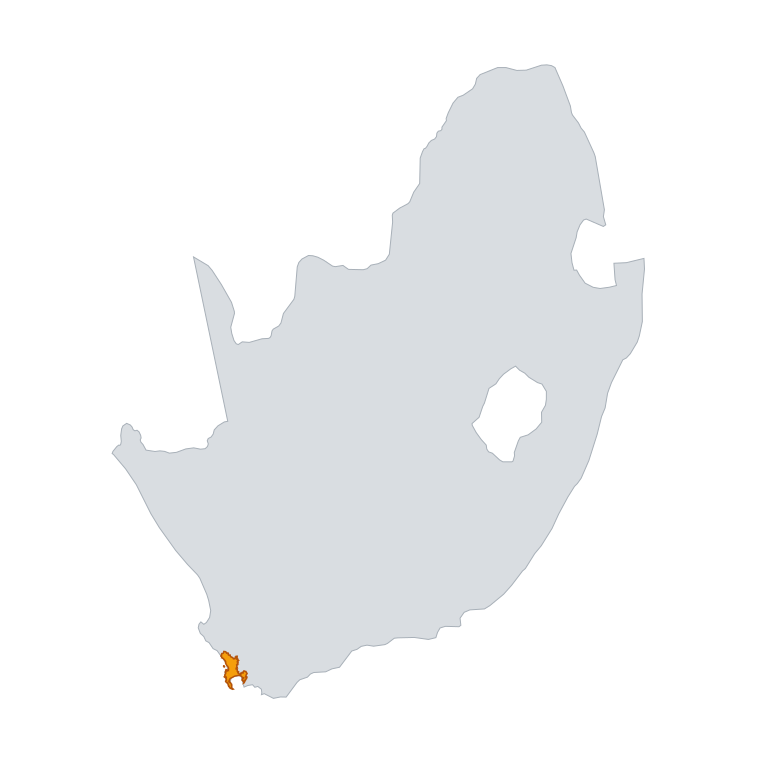 location of City of Cape Town, Western Cape, South Africa, rotated 348°
{"feature_id": "47623444B95865124382580", "entity_name": "City of Cape Town", "entity_type": "district", "adm_level": 2, "iso_a3": "ZAF", "parent_name": "South Africa", "parent_adm1": "Western Cape", "projection": "equal_earth", "projection_center": [18.52, -33.915], "detail": "fine", "context": "in_parent", "style": "filled", "palette": "amber", "viewbox_px": 768, "rotation_deg": 348, "n_neighbors": 0, "source": "geoboundaries", "source_scale": "gbopen_adm2", "svg_char_len": 8681}
<svg xmlns="http://www.w3.org/2000/svg" viewBox="0 0 768 768"><g transform="rotate(348 384 384)"><path d="M542.4,101.3L561.0,98.1L569.2,99.9L579.1,104.9L588.4,106.6L604.3,104.9L609.7,105.7L614.0,107.4L617.0,110.0L621.0,129.7L624.1,150.8L623.8,157.6L624.3,160.2L628.5,169.1L630.0,174.7L632.4,179.2L637.4,201.6L637.9,205.5L635.8,259.4L633.4,265.9L634.0,274.4L631.3,275.5L616.1,264.7L613.3,265.1L608.8,269.1L604.5,275.4L602.4,280.8L594.0,295.2L593.1,304.4L593.5,312.2L596.1,312.6L597.8,318.2L601.7,327.2L608.7,332.9L615.2,335.5L624.5,336.2L631.9,336.0L631.7,330.0L634.0,313.7L646.2,315.7L664.4,315.2L662.7,325.7L655.1,349.7L649.7,376.6L643.7,390.1L640.4,395.7L631.2,405.6L626.5,408.9L622.6,410.0L606.8,429.9L600.8,439.5L595.3,453.4L590.0,461.1L582.1,477.4L568.5,501.4L557.3,517.1L552.4,521.6L549.1,523.7L540.3,532.8L527.9,547.4L518.3,560.3L504.2,574.9L496.1,581.3L483.9,593.9L480.6,595.7L467.0,607.4L457.3,614.5L441.6,622.7L435.5,624.9L421.0,622.8L414.9,624.0L409.7,628.9L409.0,636.0L406.9,637.0L393.6,633.8L388.1,634.3L384.7,638.1L382.0,642.9L374.4,643.1L360.9,638.2L344.9,635.2L341.2,634.8L333.4,638.5L330.6,639.1L319.3,638.3L313.1,635.9L307.1,635.9L302.5,637.9L296.9,638.5L281.6,651.8L273.9,651.8L267.1,653.4L255.3,651.6L251.7,652.4L248.2,654.8L240.1,655.8L236.9,657.8L223.2,669.9L217.6,668.6L210.5,668.5L202.5,662.0L199.5,662.4L200.3,660.5L200.6,657.1L197.7,653.6L194.6,653.8L192.9,650.8L188.1,650.6L184.1,651.4L183.4,640.2L181.5,639.1L176.7,638.9L174.3,639.3L173.2,640.3L171.9,642.9L171.9,650.7L170.2,648.4L168.3,643.8L167.7,638.8L168.4,632.8L172.0,630.6L171.0,623.1L165.3,610.1L161.8,607.3L159.1,600.6L156.3,598.2L155.2,593.5L152.5,589.8L151.6,583.9L153.1,580.5L155.4,578.6L157.8,581.6L160.7,580.4L164.9,576.1L167.4,569.6L167.5,559.2L166.9,552.7L163.5,535.8L161.9,531.9L154.4,519.8L145.6,503.5L134.4,477.8L129.0,462.4L120.8,431.0L113.6,413.3L104.7,396.6L103.6,395.5L104.9,393.5L109.6,389.7L111.8,388.6L112.9,389.1L114.0,388.1L115.1,385.5L115.8,379.6L118.0,373.4L119.9,370.7L124.1,369.0L127.3,371.3L128.6,373.6L129.2,376.6L130.6,378.0L132.8,377.9L134.4,379.8L135.3,383.6L135.2,386.3L133.9,388.0L134.1,390.3L135.7,393.1L137.5,399.2L146.0,402.4L150.9,402.8L155.4,404.3L159.7,407.0L166.8,407.7L176.6,406.3L184.6,406.9L191.0,409.6L195.6,410.1L198.4,408.4L199.7,406.0L199.3,402.8L200.7,400.8L203.9,399.9L206.5,397.5L208.4,393.6L212.9,390.4L219.9,387.9L223.4,388.0L224.1,220.1L236.6,231.7L239.5,237.1L245.6,252.9L251.8,272.4L252.7,281.8L252.4,283.9L245.9,296.6L245.6,302.9L246.3,310.3L247.8,313.9L249.6,315.1L254.1,313.3L260.9,315.3L274.1,314.4L280.6,315.4L282.3,314.8L283.7,313.2L285.5,308.8L287.1,307.3L293.1,305.4L295.9,302.9L300.3,294.1L313.5,282.4L315.0,279.6L323.5,251.4L326.0,247.4L329.7,244.7L336.9,242.6L341.1,243.8L345.6,246.2L350.7,250.3L358.2,258.0L360.8,259.1L368.5,259.5L373.1,264.5L387.4,267.9L391.5,267.7L396.0,265.0L403.4,265.1L411.3,263.2L416.2,258.2L426.1,227.4L427.2,220.6L428.3,218.7L435.9,215.2L445.2,212.5L447.1,211.1L453.0,202.5L460.6,195.3L466.4,170.5L470.0,164.7L472.1,162.2L473.5,162.1L475.4,160.6L478.0,157.5L481.0,155.6L484.5,154.9L486.8,152.9L487.9,149.6L489.7,148.0L492.2,148.0L493.6,147.0L494.1,144.8L499.8,139.4L500.0,137.2L503.3,132.0L509.9,123.6L515.9,118.9L521.5,118.0L532.0,113.7L535.7,109.7L538.2,104.3L542.4,101.3ZM514.4,463.7L523.5,459.6L530.3,454.2L532.2,444.4L537.5,438.4L539.6,432.8L541.3,425.0L538.5,416.9L534.4,414.5L527.1,407.5L524.0,402.7L519.5,398.7L516.4,393.9L511.2,395.5L502.9,399.3L497.8,402.9L493.5,407.1L485.8,410.1L478.3,423.5L475.9,426.5L470.1,436.3L461.9,441.0L461.7,442.8L464.1,450.7L467.6,458.6L471.3,465.0L471.0,469.0L472.2,472.1L475.6,474.2L481.2,482.2L484.0,484.8L492.9,486.7L494.2,486.2L496.8,481.4L497.2,478.1L503.5,467.7L506.2,464.5L514.4,463.7Z" fill="#d9dde1" stroke="#a8b0b8" stroke-width="1"/><path d="M182.7,619.6L182.4,620.1L181.9,620.1L181.8,620.8L181.6,620.8L181.5,621.3L181.0,621.8L180.2,621.3L180.0,621.5L179.6,621.5L179.5,620.8L178.8,620.0L178.3,619.4L178.0,619.5L177.4,619.0L177.2,618.6L177.1,617.2L176.7,617.3L175.6,616.8L175.4,616.3L175.8,616.1L175.7,614.9L175.3,614.6L174.4,614.7L174.0,614.6L174.0,613.7L173.6,613.4L173.5,613.1L173.0,612.7L171.7,612.3L171.2,613.4L170.7,614.0L169.9,614.2L169.5,613.9L169.3,614.0L168.8,614.6L168.5,615.4L168.6,615.7L167.9,616.1L168.0,616.6L168.4,617.0L168.6,617.4L168.6,617.5L168.4,617.9L168.8,617.9L169.0,618.3L168.9,618.4L169.1,618.7L169.7,619.0L170.7,621.0L170.8,621.2L170.6,621.3L170.8,621.2L170.9,621.4L170.6,621.3L170.9,621.4L171.3,622.9L171.3,623.4L171.0,623.7L171.0,623.9L171.2,624.4L171.3,625.2L171.5,625.9L171.8,626.6L172.1,627.2L172.6,628.3L172.8,629.0L172.8,629.8L172.7,630.7L172.3,631.4L172.1,631.6L171.7,631.7L171.4,631.3L171.2,631.2L171.2,631.3L171.4,631.4L171.7,631.8L171.5,632.0L171.4,631.9L171.5,631.9L171.1,631.5L171.1,631.4L171.1,631.5L171.4,631.8L171.2,631.7L171.4,632.0L171.3,631.9L171.1,631.8L171.3,631.9L171.2,632.0L170.7,631.5L170.9,631.4L171.0,631.4L170.9,631.4L171.0,631.3L170.9,631.3L170.7,631.5L170.7,631.4L170.6,631.5L170.4,631.5L170.6,631.4L170.6,631.2L170.7,631.3L170.6,631.2L170.8,631.2L170.7,631.1L171.0,631.0L170.5,631.2L170.3,631.1L169.8,631.1L169.8,631.4L169.5,631.6L169.4,631.9L169.1,632.1L169.2,632.3L169.1,632.8L168.9,633.0L169.2,633.3L169.1,633.5L169.0,633.4L169.1,633.7L168.9,634.4L168.6,634.7L168.3,634.9L168.2,634.9L168.0,635.1L168.0,635.4L168.0,635.6L167.9,635.7L167.9,635.9L167.7,636.0L167.6,636.4L167.6,636.5L167.3,636.7L166.9,636.7L167.1,636.8L167.0,637.1L166.8,637.2L166.9,637.4L167.4,637.6L167.4,637.8L167.5,638.0L168.0,638.2L168.2,637.8L168.2,637.6L168.5,637.5L168.6,637.9L168.8,638.3L168.7,638.7L168.4,638.9L168.4,639.1L168.4,639.3L168.2,639.5L168.4,639.8L168.5,640.2L168.2,641.1L167.9,641.1L167.6,641.5L167.3,641.6L167.2,641.9L167.3,642.3L167.5,642.4L167.8,643.2L168.0,643.4L168.1,643.2L168.3,643.2L168.7,643.6L168.9,644.1L169.0,644.3L168.9,644.4L168.9,644.7L169.2,645.6L169.1,646.0L169.3,646.5L169.2,646.6L169.3,646.7L169.2,647.0L169.4,647.2L169.2,647.4L169.2,647.5L169.5,647.6L169.6,648.0L169.8,648.1L170.0,648.8L169.9,649.0L170.4,649.4L170.4,649.6L170.6,649.7L170.6,649.8L170.8,650.0L171.3,650.3L171.5,650.2L171.8,650.3L171.8,650.6L172.1,650.7L172.3,651.0L172.5,651.1L173.1,651.1L172.8,650.7L172.6,650.7L172.2,650.4L172.0,649.7L171.9,649.5L171.9,649.4L172.0,649.3L171.9,649.1L172.1,648.6L172.1,648.3L172.4,647.7L172.1,647.4L172.1,647.2L172.2,646.9L172.4,646.7L172.3,646.2L172.5,646.0L172.4,645.9L172.3,645.7L172.1,645.4L171.9,644.7L171.7,644.2L171.4,644.0L171.3,643.7L171.1,643.6L171.3,643.9L171.2,643.9L171.1,643.7L171.0,643.9L170.8,643.9L170.7,643.5L170.8,643.0L171.0,642.8L170.9,642.5L171.0,642.4L171.2,642.1L171.1,641.8L170.9,641.7L171.0,641.5L171.2,641.3L171.4,641.3L171.6,641.1L172.1,640.5L172.1,640.3L172.4,640.1L173.3,639.8L175.0,639.4L176.1,639.0L177.5,638.7L178.5,638.7L179.3,638.8L179.6,638.7L181.1,638.8L182.2,639.1L183.0,639.6L183.5,639.9L183.8,640.3L183.9,640.6L184.1,640.8L184.1,641.0L184.9,642.0L185.0,642.1L184.9,642.1L185.0,642.1L184.9,642.2L185.3,642.3L185.3,642.5L185.2,642.6L185.0,642.8L184.1,643.2L183.8,643.5L183.7,643.8L183.7,644.0L183.8,644.0L183.7,644.1L184.1,644.5L184.2,644.8L184.1,645.0L184.4,645.4L184.8,646.0L184.9,646.3L184.9,646.6L184.8,647.0L184.6,647.3L185.2,647.1L185.3,646.8L185.7,646.4L185.6,645.6L186.1,645.8L186.4,645.5L186.4,645.0L186.7,645.0L186.8,644.7L187.0,644.8L187.3,644.6L187.4,644.4L187.4,644.1L187.5,644.1L187.8,643.8L188.2,643.6L188.2,643.1L188.4,643.3L189.0,642.3L188.5,642.2L188.5,641.6L187.8,641.6L188.6,640.0L189.9,638.8L189.3,637.0L189.2,637.1L188.7,636.4L188.2,635.9L187.8,635.7L187.4,635.6L187.1,635.6L187.0,635.9L187.0,636.0L186.3,636.7L186.1,636.6L186.0,636.8L185.9,636.8L185.9,637.0L185.7,636.9L185.7,637.0L185.4,636.8L184.9,636.9L185.1,637.0L184.5,637.6L184.3,637.5L184.2,637.4L183.9,637.4L183.7,637.2L183.3,637.7L183.6,637.8L183.5,638.1L183.4,638.3L183.3,637.9L182.7,637.9L182.0,637.4L181.7,637.0L181.5,636.7L181.2,636.4L181.3,636.3L181.2,636.1L181.4,636.0L181.3,635.8L181.5,635.7L181.0,635.0L181.3,634.9L181.1,634.8L180.8,634.1L180.7,634.2L180.9,634.0L180.8,633.9L181.0,632.9L181.1,632.7L180.7,632.2L180.1,632.0L180.3,631.3L180.3,631.2L181.0,630.7L181.0,630.8L181.3,630.6L181.5,630.8L181.5,630.4L181.3,630.0L181.3,629.4L181.5,628.9L181.5,628.2L182.1,628.2L182.0,627.9L182.9,627.6L182.7,627.4L182.6,626.9L183.0,626.6L183.4,625.9L182.7,625.3L183.5,624.9L183.4,624.1L184.2,624.0L183.7,623.3L183.8,622.7L183.5,622.6L183.5,622.9L183.4,622.9L183.4,622.7L183.3,622.8L183.2,622.6L182.9,622.6L183.0,622.1L182.9,621.4L183.2,621.2L183.8,619.8L182.7,619.6ZM168.8,626.3L168.6,626.3L168.4,626.8L168.6,627.2L168.6,627.4L168.9,627.6L169.2,627.5L169.3,627.3L169.1,626.8L169.1,626.7L169.0,626.4L168.8,626.3Z" fill="#f59e0b" stroke="#b45309" stroke-width="1.5"/></g></svg>